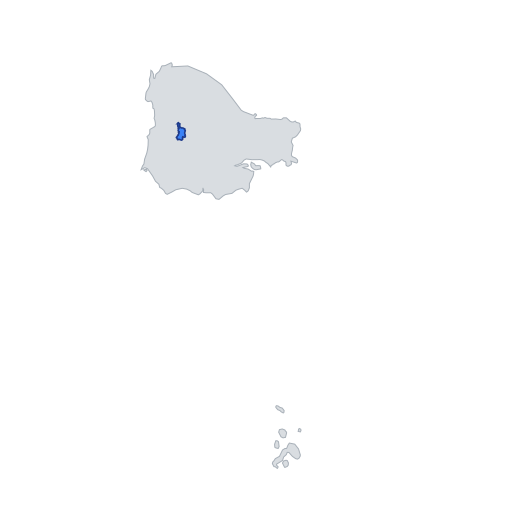 location of Quijos, Napo, Ecuador, rotated 252°
{"feature_id": "8360857B2766573114879", "entity_name": "Quijos", "entity_type": "district", "adm_level": 2, "iso_a3": "ECU", "parent_name": "Ecuador", "parent_adm1": "Napo", "projection": "mercator", "projection_center": [-77.926, -0.452], "detail": "fine", "context": "in_parent", "style": "filled", "palette": "blue", "viewbox_px": 512, "rotation_deg": 252, "n_neighbors": 0, "source": "geoboundaries", "source_scale": "gbopen_adm2", "svg_char_len": 6638}
<svg xmlns="http://www.w3.org/2000/svg" viewBox="0 0 512 512"><g transform="rotate(252 256 256)"><path d="M465.1,213.4L463.7,214.3L460.2,214.7L457.5,213.8L456.4,213.8L456.2,214.7L459.8,217.0L461.5,221.1L464.1,223.6L465.7,224.9L465.8,225.8L465.3,227.4L465.2,228.8L466.0,235.0L465.4,235.4L463.5,235.4L462.0,234.3L457.8,249.9L444.5,265.3L429.4,276.3L412.0,282.6L399.2,287.0L397.2,288.7L390.9,296.5L390.6,297.3L391.5,298.6L391.5,299.4L390.6,300.0L389.8,300.1L389.4,299.6L389.2,298.7L388.3,297.7L387.3,297.5L386.8,297.7L386.7,298.6L385.4,302.8L385.4,304.8L384.8,305.6L384.9,307.4L383.5,309.1L382.6,311.9L381.5,312.8L380.2,317.2L378.2,321.5L378.1,323.0L378.7,324.1L378.9,324.9L378.0,327.6L373.5,330.2L372.4,331.5L371.9,333.0L372.2,334.2L372.1,335.2L370.6,335.6L369.1,338.1L368.0,338.6L365.2,337.8L363.1,337.8L361.5,337.0L358.3,332.8L357.1,330.4L356.8,327.0L353.6,324.8L349.6,325.4L348.4,324.6L345.3,323.2L342.8,321.6L340.8,320.8L339.3,321.2L336.9,323.9L334.6,325.1L333.5,325.0L332.1,324.2L331.9,323.3L335.4,318.5L332.8,318.4L331.9,317.4L331.8,316.2L331.3,315.0L331.8,313.4L333.2,312.6L335.2,313.3L336.6,313.3L337.6,311.9L339.4,310.8L339.8,310.0L338.8,307.7L338.5,306.5L338.8,305.7L338.7,303.2L338.1,302.3L338.1,300.9L337.6,300.1L337.4,298.4L336.1,297.5L340.3,295.8L341.8,294.5L343.7,293.4L345.3,291.6L346.4,289.8L348.9,281.8L351.3,276.7L350.9,274.3L348.9,271.0L348.5,266.2L348.7,264.7L348.4,263.6L347.1,265.6L347.5,272.7L346.3,275.9L344.7,276.7L343.6,276.1L344.2,270.9L343.0,271.9L341.1,275.4L338.0,278.0L337.9,278.9L337.1,280.0L334.7,279.0L332.9,277.9L326.9,272.1L322.9,270.8L320.5,268.8L320.0,267.9L319.7,266.7L322.2,265.5L324.7,263.8L324.9,260.2L324.8,257.3L323.0,252.5L323.9,246.1L323.4,243.6L321.3,238.3L322.8,235.6L328.4,233.7L330.2,232.4L331.5,228.2L332.7,225.6L335.2,226.7L337.2,226.5L334.5,225.6L332.4,221.8L332.0,220.1L336.2,214.9L338.3,213.6L341.0,210.8L343.2,206.7L343.8,200.2L342.8,195.5L342.1,190.6L343.5,189.3L346.9,188.6L349.6,187.0L351.0,185.6L354.3,185.8L358.1,183.5L364.1,182.4L372.6,179.8L374.4,177.5L373.6,173.4L376.7,175.9L378.1,177.8L382.5,180.0L387.6,183.9L391.0,185.9L394.7,187.6L400.0,189.5L403.2,189.2L404.6,192.1L405.8,193.0L408.9,194.0L409.2,194.4L410.4,199.8L411.1,200.6L413.7,201.4L417.0,201.8L418.3,201.6L421.1,203.1L425.6,204.3L427.2,204.5L427.9,204.2L428.1,203.7L429.4,203.8L431.4,204.5L434.2,204.6L435.9,204.0L436.2,201.0L436.9,200.3L438.9,199.2L439.9,199.4L445.1,201.8L446.1,202.6L447.5,204.3L449.9,206.8L452.5,208.4L456.6,209.0L460.5,211.6L465.1,213.4ZM55.8,210.0L57.3,211.7L58.2,216.4L63.3,221.3L64.0,224.1L63.5,225.4L63.8,225.9L66.2,227.9L67.8,229.9L65.1,234.7L59.4,236.8L53.2,236.7L52.0,236.2L50.3,234.3L50.0,232.7L51.0,231.1L54.2,228.7L59.0,226.6L59.6,225.0L57.7,223.4L56.3,220.2L53.3,218.0L51.7,211.3L50.7,210.9L48.6,211.9L47.6,211.0L47.4,210.6L49.7,209.1L50.1,208.0L53.5,207.4L54.9,208.3L55.8,210.0ZM79.8,230.4L78.4,230.5L74.4,228.0L74.7,225.5L76.3,223.9L81.4,223.1L83.6,224.6L83.4,227.5L81.6,229.7L80.2,230.0L79.8,230.4ZM341.0,286.8L340.5,287.8L338.1,287.7L337.4,287.4L338.0,282.7L338.7,281.2L340.7,279.7L342.3,279.0L344.5,279.2L346.7,280.5L344.1,282.9L342.0,283.6L341.0,286.8ZM51.8,222.5L49.2,222.9L47.1,222.0L46.2,220.7L46.0,218.6L46.2,217.9L50.9,217.2L52.5,218.9L52.5,221.4L51.8,222.5ZM103.2,234.0L100.2,235.0L98.5,234.1L98.3,233.4L100.0,231.8L101.6,231.0L103.1,229.2L105.8,228.1L106.6,228.3L107.1,228.7L107.3,229.3L106.4,230.8L104.8,231.8L103.2,234.0ZM73.6,219.2L72.4,220.0L67.6,219.1L66.1,217.6L67.3,215.6L68.3,214.8L71.2,215.5L74.2,217.8L73.6,219.2ZM77.5,245.0L76.4,245.0L75.0,243.9L76.1,241.9L78.1,243.0L78.6,243.8L77.5,245.0ZM372.3,178.6L370.9,178.8L370.2,177.5L372.0,176.1L372.6,175.8L372.3,178.6Z" fill="#d9dde1" stroke="#a8b0b8" stroke-width="1"/><path d="M405.1,224.5L405.2,224.4L405.3,224.3L405.4,224.2L405.5,224.1L405.8,224.0L405.9,223.9L406.0,223.8L406.2,223.7L406.3,223.6L406.5,223.5L406.6,223.4L406.8,223.4L406.8,223.2L406.7,223.1L406.7,222.8L406.6,222.7L406.4,222.4L406.4,222.5L406.2,222.6L405.9,222.5L405.7,222.5L405.4,222.5L405.2,222.3L405.2,222.2L404.8,222.2L404.7,222.2L404.5,222.3L404.4,222.1L404.4,221.9L404.2,221.8L403.8,221.8L403.7,221.8L403.5,221.7L403.4,221.7L403.3,221.8L403.2,221.7L402.9,221.7L402.7,221.7L402.6,221.8L402.4,221.8L402.1,221.8L401.9,221.8L401.7,221.8L401.4,222.0L401.4,221.9L401.2,221.6L401.1,221.4L401.0,221.5L400.9,221.4L400.6,221.4L400.4,221.4L400.2,221.4L400.1,221.2L399.9,221.0L399.7,220.8L399.4,220.8L399.3,220.7L399.1,220.6L398.9,220.7L398.7,220.8L398.4,220.9L398.2,220.9L398.0,221.0L397.9,221.1L397.7,221.1L397.7,221.3L397.4,221.2L397.3,220.9L397.2,220.8L397.2,220.5L396.9,220.6L396.7,220.5L396.4,220.5L396.2,220.5L396.1,220.3L396.1,220.2L395.8,220.0L395.8,219.9L395.7,219.8L395.6,219.5L395.5,219.4L395.4,219.3L394.9,219.3L394.9,219.2L394.8,218.9L394.7,218.8L394.7,218.7L394.4,218.4L394.1,218.1L394.1,217.9L393.9,217.9L393.7,217.8L393.5,217.6L393.5,217.3L393.4,217.3L393.4,217.2L393.3,216.9L393.2,216.8L392.9,217.0L392.7,217.1L392.3,217.2L392.1,217.2L392.0,217.3L391.9,217.2L391.6,217.2L391.0,217.3L390.8,217.4L390.8,217.5L390.7,217.6L390.7,217.8L390.8,218.1L390.7,218.1L390.7,218.3L390.6,218.6L390.7,218.8L390.6,219.2L390.4,219.2L390.3,219.4L390.2,219.6L390.1,219.8L389.9,220.0L389.6,220.4L389.4,220.5L389.3,220.8L389.2,220.9L389.1,221.1L389.2,221.4L389.2,221.5L389.3,221.6L389.5,221.8L389.5,222.0L389.6,222.3L390.0,222.5L390.4,222.6L390.5,222.5L390.6,222.4L390.9,222.4L392.0,223.1L391.9,223.2L391.9,223.4L391.8,223.5L391.6,223.6L391.4,223.7L391.4,223.8L391.4,224.1L391.4,224.3L391.3,224.5L391.2,224.6L391.1,224.8L390.9,225.0L391.0,225.3L391.3,225.4L391.4,225.5L391.6,225.7L391.6,225.8L391.8,225.9L392.0,226.0L392.3,225.9L392.6,225.8L392.6,225.7L392.8,225.6L393.0,225.8L393.2,226.1L393.3,226.1L393.5,226.2L393.8,226.2L394.0,226.1L394.3,226.0L394.5,226.0L394.9,226.1L395.0,226.1L395.3,226.2L395.3,226.3L395.6,226.4L395.6,226.5L395.8,226.6L396.0,226.7L396.0,226.9L396.1,227.0L396.5,227.0L396.8,227.2L396.9,227.3L397.0,227.3L397.2,227.5L397.3,227.6L397.5,227.6L397.8,227.5L397.8,227.4L397.9,227.2L398.0,227.1L398.3,227.1L398.5,227.1L398.6,227.3L398.6,227.5L398.9,227.6L399.0,227.5L399.1,227.4L399.2,227.1L399.3,226.9L399.5,226.9L399.6,226.7L399.8,226.6L400.1,226.4L400.2,226.2L400.3,226.1L400.5,225.9L400.5,225.6L400.5,225.4L400.6,225.2L400.7,224.9L400.8,224.8L400.8,224.7L401.0,224.6L401.3,224.4L401.4,224.2L401.5,224.0L401.5,223.9L401.7,224.0L401.8,223.9L402.0,223.8L402.2,223.6L402.3,223.6L402.3,223.3L402.4,223.2L402.6,223.3L402.8,223.5L403.0,223.5L403.3,223.5L403.5,223.7L403.7,223.8L403.8,223.9L403.9,224.0L404.1,224.1L404.5,224.1L404.8,224.2L404.9,224.3L405.0,224.4L405.1,224.5Z" fill="#3b82f6" stroke="#1e3a8a" stroke-width="1.5"/></g></svg>